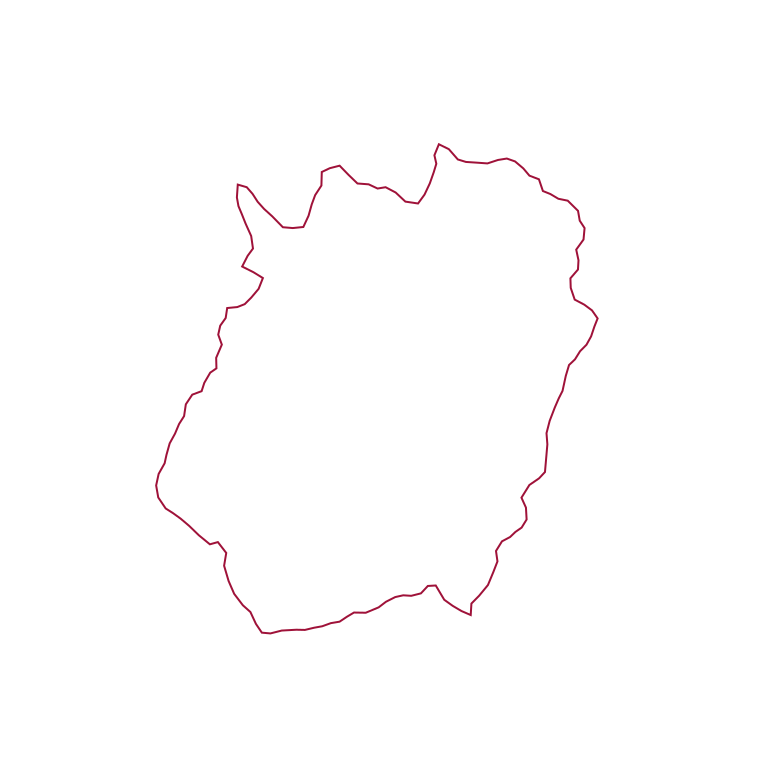 Monsenhor Paulo, Minas Gerais, Brazil (Natural Earth projection), rotated 332°
{"feature_id": "56859067B7158263227488", "entity_name": "Monsenhor Paulo", "entity_type": "district", "adm_level": 2, "iso_a3": "BRA", "parent_name": "Brazil", "parent_adm1": "Minas Gerais", "projection": "natural_earth1", "projection_center": [-45.479, -21.731], "detail": "fine", "context": "isolated", "style": "outline", "palette": "rose", "viewbox_px": 768, "rotation_deg": 332, "n_neighbors": 0, "source": "geoboundaries", "source_scale": "gbopen_adm2", "svg_char_len": 2110}
<svg xmlns="http://www.w3.org/2000/svg" viewBox="0 0 768 768"><g transform="rotate(332 384 384)"><path d="M578.9,237.8L569.8,232.1L560.6,226.4L554.6,220.4L551.5,207.1L545.0,198.1L535.9,205.7L533.6,214.1L527.3,220.4L518.6,228.4L508.7,235.8L498.8,240.6L488.5,233.0L484.2,220.4L477.8,211.0L470.1,208.4L464.2,200.5L454.7,194.5L450.8,182.5L447.3,170.4L437.4,168.0L428.6,167.6L421.9,179.4L411.9,184.9L404.5,191.5L396.4,200.0L386.5,207.5L376.7,203.5L368.3,198.1L364.0,183.4L360.3,173.1L358.0,163.8L357.2,154.4L355.2,145.8L348.5,139.3L341.7,150.2L339.0,158.6L338.2,167.4L337.1,177.4L336.2,191.0L331.9,202.9L323.8,206.8L313.9,213.7L321.2,224.0L326.8,233.6L318.0,241.1L307.3,245.4L298.5,248.1L290.6,247.2L281.2,243.3L275.2,251.4L266.8,255.6L260.8,262.6L259.3,273.1L248.1,282.1L243.4,291.5L235.9,292.4L225.9,298.6L219.6,304.7L209.7,303.4L199.5,308.9L192.4,318.5L184.3,323.1L176.2,329.7L166.9,335.8L158.7,344.4L153.1,351.0L142.8,357.6L135.2,366.6L131.4,378.2L132.8,391.4L137.2,399.2L141.3,407.6L145.4,417.9L149.5,430.6L155.0,443.8L163.1,445.6L165.4,459.1L157.5,469.4L154.3,485.0L153.2,498.9L155.5,513.1L159.0,522.6L158.3,535.7L159.4,546.2L166.6,550.9L178.0,553.7L191.2,559.8L198.7,564.0L207.9,566.4L215.7,568.9L224.8,570.2L233.2,573.0L242.0,572.1L250.2,571.7L260.5,577.4L274.4,578.7L283.5,577.2L293.9,577.4L301.8,579.6L308.6,583.8L318.3,586.2L327.9,582.9L335.1,586.2L335.9,602.8L340.5,612.1L345.8,620.8L352.1,628.7L358.1,618.9L368.6,615.6L381.4,610.3L392.1,601.5L400.9,593.9L404.5,584.0L414.3,578.3L423.5,578.3L430.6,576.3L438.1,575.4L446.3,570.6L451.3,559.8L452.0,548.9L465.0,541.4L476.6,540.1L484.8,537.3L493.1,524.5L499.9,514.0L504.4,503.7L513.0,494.3L523.7,485.0L531.6,478.7L538.4,473.9L548.3,462.2L556.3,454.1L564.2,451.9L572.5,447.1L581.2,444.4L589.2,439.2L596.8,432.0L603.4,426.4L602.2,416.6L598.1,408.0L592.0,399.0L594.0,386.8L598.2,378.2L609.0,374.0L613.8,366.1L616.8,355.6L628.0,350.1L634.3,340.5L633.5,331.7L636.6,322.2L632.3,308.4L624.9,302.3L620.1,294.4L614.9,288.2L616.9,276.0L610.2,268.3L608.2,259.0L604.2,249.0L598.3,242.6L589.8,239.7L578.9,237.8Z" fill="none" stroke="#9f1239" stroke-width="2"/></g></svg>